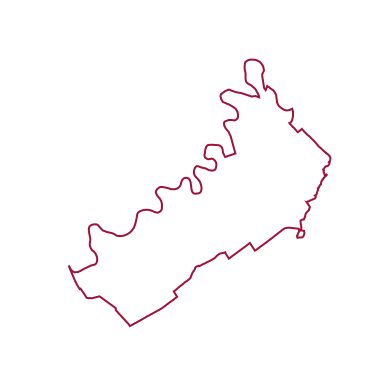 Saucesti, Bacau, Romania, rotated 249°
{"feature_id": "2599482B67210416797402", "entity_name": "Saucesti", "entity_type": "district", "adm_level": 2, "iso_a3": "ROU", "parent_name": "Romania", "parent_adm1": "Bacau", "projection": "robinson", "projection_center": [26.939, 46.661], "detail": "fine", "context": "isolated", "style": "outline", "palette": "rose", "viewbox_px": 384, "rotation_deg": 249, "n_neighbors": 0, "source": "geoboundaries", "source_scale": "gbopen_adm2", "svg_char_len": 6068}
<svg xmlns="http://www.w3.org/2000/svg" viewBox="0 0 384 384"><g transform="rotate(249 192 192)"><path d="M294.5,294.5L294.7,293.4L294.9,292.3L294.9,291.6L294.9,291.0L294.4,289.0L293.9,288.1L293.2,287.6L291.4,286.6L289.9,285.9L288.4,285.4L287.3,285.1L284.6,284.7L282.9,284.3L280.4,283.3L278.3,282.5L275.8,282.1L274.3,282.4L272.8,283.3L270.3,285.5L266.6,287.5L265.5,288.0L260.4,288.8L258.6,288.9L257.3,288.9L256.3,288.6L257.1,287.7L258.7,285.8L259.3,283.9L259.7,281.9L263.1,277.9L266.7,273.4L269.4,268.9L272.5,265.1L273.9,264.0L274.5,262.3L274.3,259.3L273.5,256.1L272.9,254.1L271.2,252.9L268.4,252.5L265.0,253.1L259.6,258.6L257.0,260.7L254.0,262.6L250.2,263.2L247.0,262.5L244.8,261.4L243.8,259.6L243.5,257.5L244.9,255.0L246.0,252.2L246.1,250.0L246.0,247.9L245.2,246.7L242.5,245.9L239.1,246.3L235.1,247.7L230.0,248.1L222.6,247.3L212.4,246.3L212.8,235.5L217.6,235.0L220.7,235.8L223.0,235.9L225.0,234.9L226.3,233.4L227.3,231.0L228.7,228.2L229.7,225.4L230.1,223.4L228.9,221.2L226.6,219.5L224.3,218.4L222.4,217.0L220.9,216.6L219.2,216.7L217.7,217.8L216.7,219.0L216.4,220.5L216.1,222.3L215.0,223.7L213.2,224.6L210.8,225.1L208.3,224.4L206.1,223.1L204.9,222.0L204.4,220.8L204.6,219.1L205.3,217.3L206.7,215.3L209.1,213.2L210.8,210.6L212.3,208.6L213.9,207.0L214.4,205.7L214.1,204.3L213.0,202.9L211.3,201.6L209.5,200.7L207.4,200.4L205.4,200.7L203.0,201.7L200.8,202.5L198.4,203.1L194.7,202.9L192.2,202.3L190.3,201.3L189.3,200.5L188.5,199.2L188.4,197.7L188.9,195.9L189.3,194.2L190.2,193.0L191.7,192.4L193.7,192.3L201.7,194.2L203.9,194.3L205.7,193.8L207.1,192.2L207.7,190.3L207.5,188.7L206.8,187.3L204.8,185.3L202.6,183.8L201.5,182.5L200.8,180.6L200.5,178.8L200.8,176.7L202.1,173.5L203.8,171.5L205.5,169.1L206.9,166.8L207.7,165.2L208.1,163.4L207.1,160.4L205.8,158.7L204.1,158.0L202.4,158.1L200.0,158.5L197.7,159.5L194.5,160.0L191.7,159.7L188.4,158.4L186.5,157.5L185.5,155.9L185.0,154.2L185.0,152.5L186.1,150.6L188.2,148.4L189.7,146.8L191.0,144.9L191.7,143.2L192.3,141.4L192.7,138.8L192.6,136.0L192.0,134.2L190.6,132.7L188.5,131.6L185.5,129.7L182.1,127.3L179.4,124.9L177.9,122.6L177.4,121.8L176.4,119.4L175.7,115.9L175.7,112.6L176.5,109.3L178.0,106.2L180.1,104.8L182.0,102.9L183.4,100.9L184.7,98.8L186.5,96.7L188.1,94.9L191.6,93.5L194.7,92.4L195.8,91.5L196.7,89.7L197.2,87.5L197.1,85.6L196.5,84.0L195.4,82.9L193.6,82.1L191.1,81.4L185.5,80.5L183.9,80.0L181.8,78.9L180.1,77.9L178.1,77.4L175.6,77.4L173.1,77.9L171.7,79.1L168.8,79.9L166.1,80.0L163.5,79.6L161.1,78.3L159.6,76.9L159.1,75.5L159.2,73.6L159.6,71.5L159.4,69.1L158.9,63.2L158.3,59.6L158.2,56.9L159.1,53.5L161.3,51.7L162.6,51.2L167.6,50.6L164.3,50.5L150.5,51.0L145.2,51.6L141.6,52.4L141.7,53.3L138.6,54.1L134.9,55.0L131.0,55.7L129.8,57.6L129.6,58.7L128.9,59.9L128.6,60.6L128.0,66.4L127.7,68.3L110.9,79.2L109.0,78.5L98.3,82.7L91.3,85.5L89.1,86.0L89.7,90.7L90.2,94.3L90.7,97.9L91.9,105.4L92.4,109.2L93.3,115.8L93.9,120.4L94.2,122.0L96.6,130.4L97.4,133.6L99.0,139.0L99.4,140.5L105.7,139.4L106.4,141.8L107.0,143.3L108.4,147.4L109.5,151.2L109.9,152.1L110.3,153.3L110.5,154.3L111.4,157.6L111.9,158.8L112.4,159.9L113.7,160.9L116.5,163.6L116.7,164.0L117.4,164.8L117.5,165.1L117.8,165.3L117.8,165.6L118.6,166.7L119.5,167.5L120.3,168.0L120.8,169.6L120.6,171.9L120.2,172.1L120.2,172.4L120.2,172.7L120.4,174.6L120.7,176.2L120.7,178.1L120.8,179.2L121.0,180.3L121.4,184.8L121.6,186.2L122.0,188.6L122.4,190.1L123.7,192.7L124.4,195.4L124.5,196.0L124.0,199.0L123.9,199.7L123.8,201.5L122.8,201.4L116.6,202.5L121.8,221.4L122.2,222.9L122.7,224.5L122.9,225.2L123.7,227.8L114.7,229.7L114.9,231.0L115.3,232.4L116.1,235.1L118.8,245.1L119.4,246.9L119.9,248.9L122.1,255.8L123.8,261.6L124.4,263.3L124.6,264.4L124.8,265.3L124.8,266.1L124.6,266.7L124.4,268.2L124.0,269.5L123.7,270.2L123.2,271.3L120.2,277.0L119.9,277.6L119.5,278.3L118.8,278.6L118.2,278.3L117.9,278.8L117.5,278.6L117.8,278.2L116.9,277.8L116.3,277.3L115.8,276.8L115.5,276.3L115.0,275.8L114.2,275.3L113.6,274.8L113.6,274.5L113.4,274.5L113.2,274.6L112.9,274.4L112.5,274.0L111.4,274.1L111.1,275.7L110.7,277.0L110.3,277.9L110.2,278.9L110.7,279.9L111.3,280.7L112.5,281.7L113.3,282.2L113.9,282.4L114.8,282.5L115.5,282.7L117.1,280.1L118.3,280.8L119.0,280.9L120.0,281.5L121.5,281.9L122.9,282.0L124.7,282.5L125.2,282.6L126.4,283.1L126.6,284.2L126.6,285.0L126.3,286.7L126.6,286.8L126.8,286.9L128.1,288.5L129.0,289.0L130.4,289.9L131.4,290.9L131.9,291.8L132.4,292.9L133.0,294.4L134.6,295.7L135.6,296.7L137.2,296.4L141.0,295.5L140.9,295.6L141.1,295.9L141.7,296.4L141.5,296.9L141.5,297.3L141.5,297.8L141.7,298.5L141.8,301.0L141.8,302.0L141.8,302.7L141.8,303.6L142.0,304.6L142.5,305.3L143.5,306.0L144.7,305.5L144.8,306.6L144.9,307.0L145.1,307.3L145.7,307.8L146.6,308.4L147.9,309.5L148.4,310.1L148.8,310.6L149.6,310.6L150.3,310.8L150.3,311.2L150.4,311.4L150.7,311.6L150.6,312.1L150.7,312.3L151.7,312.9L152.3,313.6L152.5,313.9L152.8,314.9L153.1,315.2L154.6,316.0L155.7,316.7L156.1,317.7L156.9,318.8L157.2,318.7L158.1,320.5L158.5,321.4L159.3,323.0L159.7,323.9L160.2,323.7L160.3,321.9L162.5,322.2L163.1,322.0L163.8,322.1L164.5,322.8L165.0,322.5L166.1,322.5L166.2,322.9L166.2,323.1L166.4,323.6L167.3,324.6L167.5,325.0L167.7,325.6L167.8,326.2L168.0,326.4L167.7,327.2L167.7,327.9L167.8,328.6L168.3,329.3L169.1,330.4L170.0,331.0L170.6,330.7L170.9,330.5L171.0,330.7L171.0,330.9L171.0,331.2L171.2,331.5L171.8,332.1L172.5,332.6L174.5,333.5L176.2,333.1L176.6,333.3L180.6,331.2L180.4,331.0L184.9,328.8L187.7,327.5L189.2,326.6L191.0,326.0L193.1,325.3L195.0,324.6L200.8,322.0L202.6,321.1L204.1,320.2L206.2,319.3L207.0,318.9L208.2,318.4L210.0,317.8L210.6,317.3L211.5,317.2L210.5,314.3L209.9,312.3L210.8,311.8L215.4,310.2L216.6,309.4L218.2,308.9L219.9,308.1L220.6,307.9L221.2,307.6L221.5,307.6L221.5,308.5L221.7,309.3L222.4,310.4L223.3,311.3L224.3,311.9L225.9,313.1L227.2,313.7L229.8,314.8L231.6,315.2L233.9,315.3L233.6,312.7L233.9,310.5L234.7,308.7L235.3,307.9L236.7,306.6L239.5,304.8L241.4,303.8L245.1,303.5L252.7,305.4L257.2,304.6L264.0,300.2L260.7,297.3L263.3,296.6L269.8,298.0L274.6,299.0L276.7,299.7L279.6,302.8L284.3,303.5L289.2,302.0L292.5,298.9L294.5,294.5Z" fill="none" stroke="#9f1239" stroke-width="2"/></g></svg>